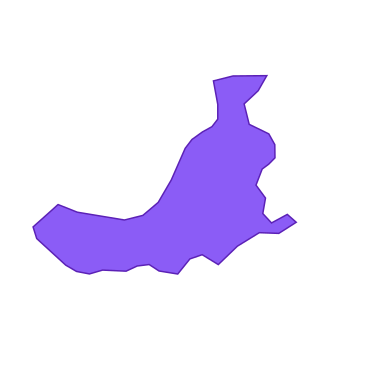 an SVG outline of Basarabeasca, rotated 220°
{"feature_id": "MDA-1630", "entity_name": "Basarabeasca", "entity_type": "District", "adm_level": 1, "iso_a3": "MDA", "parent_name": "Moldova", "parent_adm1": "", "projection": "natural_earth1", "projection_center": [28.89, 46.362], "detail": "fine", "context": "isolated", "style": "filled", "palette": "violet", "viewbox_px": 384, "rotation_deg": 220, "n_neighbors": 0, "source": "natural_earth", "source_scale": "10m", "svg_char_len": 746}
<svg xmlns="http://www.w3.org/2000/svg" viewBox="0 0 384 384"><g transform="rotate(220 192 192)"><path d="M286.5,96.3L266.9,102.8L225.8,127.1L214.6,142.5L211.2,162.3L215.6,187.9L225.3,221.1L225.8,232.2L222.6,244.8L218.7,254.9L219.1,264.4L228.5,275.6L247.0,290.9L235.2,307.2L209.5,329.2L206.4,312.1L208.7,293.0L191.7,280.6L170.5,285.9L159.0,281.5L150.4,271.5L151.1,262.8L153.0,254.7L147.4,238.4L131.8,234.6L123.9,221.0L111.2,219.4L104.6,236.1L92.7,235.8L98.9,216.1L114.3,204.1L122.4,179.7L125.2,153.3L143.9,150.5L150.6,139.4L150.2,120.0L166.5,110.3L178.2,108.9L186.4,100.1L191.6,89.0L210.3,74.7L217.9,63.3L229.4,56.9L241.7,54.8L281.0,56.5L291.3,63.1L288.6,81.7L286.6,96.0L286.5,96.3Z" fill="#8b5cf6" stroke="#5b21b6" stroke-width="1.5"/></g></svg>